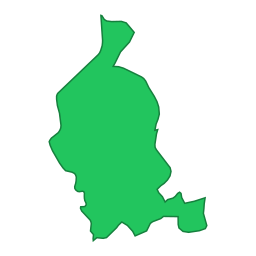 the Province of Varese
{"feature_id": "ITA-5451", "entity_name": "Varese", "entity_type": "Province", "adm_level": 1, "iso_a3": "ITA", "parent_name": "Italy", "parent_adm1": "", "projection": "equal_earth", "projection_center": [8.786, 45.833], "detail": "fine", "context": "isolated", "style": "filled", "palette": "green", "viewbox_px": 256, "rotation_deg": 0, "n_neighbors": 0, "source": "natural_earth", "source_scale": "10m", "svg_char_len": 1677}
<svg xmlns="http://www.w3.org/2000/svg" viewBox="0 0 256 256"><path d="M100.9,15.4L101.9,15.7L104.3,19.5L106.7,21.0L111.7,21.6L121.4,21.4L126.2,22.9L134.2,32.4L129.5,42.0L120.5,51.9L114.9,63.3L113.7,65.3L113.2,66.4L118.6,66.7L123.5,68.2L141.6,77.0L143.7,78.5L145.7,81.1L148.8,87.6L154.3,96.4L157.0,101.7L158.7,107.0L159.3,114.1L158.0,119.2L156.1,124.0L154.9,130.3L157.7,129.6L156.5,133.8L154.9,144.4L155.1,147.4L156.4,149.8L170.1,167.7L171.0,171.4L170.0,175.9L167.5,179.9L164.2,183.3L160.8,185.7L157.1,189.3L158.7,192.7L162.4,196.7L165.1,202.0L167.7,199.6L173.0,198.1L175.3,196.4L177.7,193.4L179.6,192.2L181.0,193.4L181.7,197.6L184.7,203.3L194.2,201.3L205.1,197.8L204.2,203.9L203.9,208.5L203.4,213.4L206.8,225.6L205.3,228.6L199.4,230.7L188.6,232.3L183.0,231.4L179.0,228.0L178.2,224.5L178.1,216.6L163.5,216.4L160.7,218.6L152.6,221.7L150.3,223.4L146.6,230.9L135.1,235.9L132.7,231.3L127.4,225.4L121.8,222.0L118.4,225.2L116.6,227.7L106.5,237.6L103.2,238.3L96.8,237.7L93.3,240.6L93.1,238.6L93.5,234.6L90.5,231.0L91.3,223.6L90.9,221.7L90.2,220.1L81.7,211.0L80.5,208.3L80.7,206.8L81.9,206.7L83.4,206.7L84.9,206.5L86.2,204.8L86.0,203.0L84.8,200.5L84.4,198.3L84.3,196.0L84.4,193.1L83.8,191.7L82.5,191.2L79.3,191.7L77.6,191.4L75.6,189.8L74.8,188.3L74.7,186.6L75.7,183.3L76.1,180.9L76.3,177.0L75.6,175.0L74.6,173.5L72.1,172.2L65.6,170.7L63.0,167.9L59.6,163.1L52.6,150.9L50.2,145.4L49.2,141.7L49.8,140.4L50.6,139.2L51.4,138.1L58.0,132.9L58.9,131.8L59.7,130.5L60.3,129.3L60.8,127.8L61.0,125.3L59.5,113.2L57.4,105.5L56.6,99.2L56.6,96.1L57.2,94.3L58.0,93.1L98.3,54.6L99.6,52.9L100.7,50.5L102.2,45.6L102.5,42.8L102.6,40.5L100.9,15.4Z" fill="#22c55e" stroke="#15803d" stroke-width="1.5"/></svg>